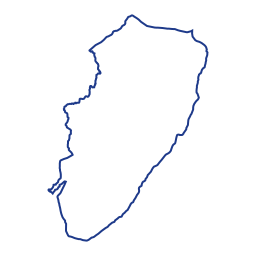 the district of Villarrica, Tolima, Colombia
{"feature_id": "7082276B66227152382506", "entity_name": "Villarrica", "entity_type": "district", "adm_level": 2, "iso_a3": "COL", "parent_name": "Colombia", "parent_adm1": "Tolima", "projection": "albers", "projection_center": [-74.639, 3.846], "detail": "fine", "context": "isolated", "style": "outline", "palette": "blue", "viewbox_px": 256, "rotation_deg": 0, "n_neighbors": 0, "source": "geoboundaries", "source_scale": "gbopen_adm2", "svg_char_len": 5616}
<svg xmlns="http://www.w3.org/2000/svg" viewBox="0 0 256 256"><path d="M192.2,30.6L191.1,31.2L188.2,32.0L187.6,32.2L186.5,32.2L180.0,30.8L177.8,30.2L174.9,29.1L172.2,29.0L169.2,28.7L167.4,28.7L166.2,28.5L162.4,28.0L158.3,27.7L155.0,27.6L147.6,26.1L146.8,25.9L146.3,25.5L141.1,21.9L138.6,19.5L136.5,18.0L133.9,16.4L133.5,16.0L132.5,15.5L132.0,15.4L131.5,15.5L130.3,16.3L128.7,16.8L127.9,17.3L127.5,18.3L125.5,20.9L125.3,21.3L125.3,23.4L124.9,24.3L124.1,25.0L123.4,25.3L122.2,26.1L121.0,28.1L120.5,28.6L117.5,30.5L116.7,30.8L115.6,30.8L114.5,31.1L113.7,31.3L113.4,31.6L113.0,32.0L112.6,33.2L112.2,33.9L111.7,34.5L110.8,35.1L109.7,35.6L108.5,36.3L106.9,36.8L106.4,37.1L103.7,40.0L101.1,42.2L95.6,45.1L89.5,50.4L89.5,50.6L90.7,51.6L90.9,51.7L91.2,51.6L91.8,51.3L92.3,51.3L92.6,51.6L92.7,52.6L93.2,52.9L94.3,53.3L94.5,53.4L94.3,54.0L94.2,54.8L94.7,56.8L95.1,57.2L95.3,57.6L95.5,58.7L95.3,60.2L95.4,60.5L95.6,61.4L96.3,62.1L96.6,62.6L97.0,62.8L97.2,63.3L97.9,63.8L98.2,64.9L98.4,65.2L98.4,65.6L98.4,66.5L98.1,67.0L98.0,69.1L98.2,69.3L98.8,70.0L99.0,70.7L99.2,71.0L99.9,71.3L100.1,71.6L100.1,72.0L100.5,72.8L100.5,73.1L100.0,73.7L99.8,73.7L98.9,73.3L98.2,73.4L97.9,73.7L97.5,74.3L97.1,74.6L96.5,74.8L96.4,75.0L96.4,76.3L96.3,76.9L96.5,77.8L96.4,78.0L96.1,78.4L95.8,80.0L95.5,80.5L95.4,82.5L95.6,83.4L95.1,83.9L95.1,84.1L95.3,84.3L95.3,84.5L95.0,84.7L94.9,84.9L94.8,85.6L94.3,86.2L94.2,87.3L92.5,87.4L92.2,87.3L91.5,86.3L91.1,86.0L90.5,86.0L90.2,86.2L89.9,87.4L89.9,87.9L90.0,88.4L89.9,88.9L89.4,89.9L89.4,90.2L89.6,90.8L89.7,92.1L89.6,92.3L89.7,93.1L89.5,93.8L89.6,94.1L89.4,94.6L88.5,96.4L87.8,96.8L87.6,96.8L86.9,96.4L86.3,96.3L85.8,96.3L85.5,96.5L85.1,97.0L84.1,98.6L83.6,98.8L83.0,99.0L82.5,99.0L82.0,98.9L81.7,98.8L80.9,98.8L80.3,98.7L80.0,98.8L79.7,99.1L79.4,101.8L79.2,102.4L79.0,102.7L76.8,102.8L76.0,103.3L75.6,103.1L75.6,102.8L75.3,102.7L75.1,103.0L74.9,103.2L73.9,103.4L73.5,104.0L73.3,104.0L72.6,103.5L72.0,103.5L71.8,103.5L71.5,103.9L71.2,104.0L70.5,103.9L69.5,103.9L68.6,104.2L67.8,104.2L67.4,104.4L66.9,104.9L66.4,105.2L65.8,106.2L64.8,106.5L64.6,106.7L64.4,106.9L64.4,107.3L64.2,108.3L64.1,108.9L63.9,109.0L64.0,110.0L64.4,110.4L64.8,110.5L65.2,112.3L67.0,113.2L67.2,113.5L67.4,114.3L67.5,115.4L67.4,115.8L67.6,117.1L67.9,117.5L68.3,117.6L68.5,117.8L68.4,119.1L67.8,120.3L67.7,121.2L67.0,122.6L66.4,123.2L65.7,124.2L65.7,125.1L66.7,126.2L66.8,126.6L66.9,127.4L70.4,129.6L70.7,130.0L71.0,130.6L70.9,131.2L70.8,131.7L70.9,133.6L70.8,134.0L69.7,134.9L69.5,135.4L69.4,138.7L69.1,139.3L69.0,140.1L68.6,140.6L68.2,140.9L68.0,141.4L68.0,143.5L67.8,144.5L67.8,146.9L68.1,147.5L69.0,148.4L68.8,149.8L69.1,150.3L71.4,152.5L72.6,154.6L72.6,154.9L72.4,155.0L67.3,157.9L63.9,159.0L60.9,160.3L60.4,160.7L60.1,161.3L59.8,163.3L59.8,166.6L59.7,168.1L60.0,169.4L60.0,170.4L60.6,172.9L60.8,174.6L60.8,176.8L60.7,177.9L60.5,178.4L59.1,179.4L58.5,180.2L58.2,181.1L58.1,181.8L57.9,182.3L56.0,183.9L55.8,184.6L55.5,184.7L53.9,184.7L53.6,184.8L53.6,185.4L52.9,187.3L51.7,188.9L51.3,189.0L51.0,189.6L50.8,189.7L49.2,189.4L48.7,189.5L48.5,189.9L48.6,190.4L49.0,190.9L49.7,191.5L51.3,192.1L51.9,192.6L52.7,193.5L53.4,192.3L54.7,190.8L55.1,189.8L56.8,189.4L57.4,189.0L57.9,188.4L58.3,187.3L59.6,186.5L59.7,186.2L59.5,185.5L59.5,185.1L59.7,184.9L59.9,184.7L61.4,184.2L64.4,181.5L64.8,181.4L65.8,181.7L64.4,185.0L63.0,187.8L60.6,192.8L60.2,193.4L58.0,195.6L57.5,196.4L57.5,197.2L58.3,199.8L58.7,202.3L59.2,203.6L59.4,205.1L60.1,207.9L60.6,210.8L61.2,213.4L61.8,215.2L62.6,217.3L63.8,219.1L65.0,220.5L65.1,220.9L65.1,222.0L65.4,222.6L66.1,223.8L66.0,230.6L66.1,231.2L67.5,234.2L68.2,235.6L68.5,235.9L69.0,236.3L70.7,236.6L72.3,237.1L74.7,238.1L76.9,238.7L78.6,239.1L80.0,239.1L80.7,239.3L82.8,240.1L86.3,240.6L87.2,240.5L88.7,239.8L91.6,237.6L92.7,237.4L94.1,236.8L96.3,235.1L98.4,233.7L101.5,231.0L105.6,228.0L107.1,227.2L107.7,226.8L108.2,226.3L108.8,225.4L110.9,223.7L111.6,223.1L112.3,222.6L114.3,221.9L114.5,221.7L115.1,220.4L117.9,218.3L118.5,217.6L119.5,217.0L121.0,216.8L121.6,216.6L122.8,214.3L123.5,213.6L124.4,213.0L126.3,210.9L127.6,210.0L130.1,205.4L130.5,204.4L131.5,203.1L132.2,202.6L133.1,202.2L133.5,201.5L133.7,200.6L135.5,197.9L137.1,194.8L138.3,193.3L138.9,192.2L139.1,191.2L139.1,190.2L138.9,189.1L138.9,188.5L139.1,187.6L140.0,186.7L140.8,186.3L141.6,185.7L141.7,184.5L142.5,182.4L143.3,181.6L144.5,181.1L145.3,180.3L145.5,179.1L147.0,177.2L147.8,175.0L148.9,173.9L150.9,171.7L152.1,169.3L152.8,168.1L153.9,166.7L155.8,165.9L157.4,165.1L159.7,162.1L161.6,159.9L165.1,155.4L166.0,154.5L168.5,153.2L169.5,152.4L170.3,151.5L170.9,150.6L171.3,149.2L172.2,146.7L172.7,145.6L173.4,144.6L174.8,143.6L175.2,143.1L175.7,141.0L176.2,138.3L176.7,136.3L177.2,135.0L177.8,134.7L178.5,134.6L179.2,134.7L179.8,135.0L180.5,135.0L181.8,135.0L182.5,134.8L182.9,134.2L183.4,133.7L183.6,133.1L186.0,129.7L186.3,129.1L186.3,128.1L187.9,125.0L188.3,120.3L188.7,118.9L189.9,116.7L190.8,114.7L191.4,114.0L193.1,109.6L193.2,108.8L193.1,108.1L193.4,105.9L194.4,103.6L194.8,103.1L195.6,101.9L196.5,100.8L197.9,99.5L198.5,98.5L198.8,97.4L198.6,97.0L197.7,94.3L197.4,93.6L196.6,92.6L196.5,90.9L196.7,88.6L196.9,87.7L196.9,85.8L197.6,83.5L197.8,82.8L197.8,81.4L198.4,79.7L198.2,78.2L198.4,76.6L198.9,75.3L199.0,74.6L200.1,73.5L200.6,73.4L201.2,72.6L201.3,71.8L202.0,69.7L203.2,68.2L204.5,67.4L204.7,67.0L205.0,65.3L205.5,63.7L205.7,62.2L206.2,60.4L206.1,58.9L206.2,58.1L207.0,55.9L207.3,54.8L207.3,53.3L207.5,52.8L207.4,52.3L207.0,51.7L206.5,51.4L206.5,50.4L206.8,49.5L206.1,47.2L205.8,46.7L205.2,45.9L204.3,45.0L201.6,43.0L199.5,41.9L196.9,41.1L195.3,40.2L192.6,36.6L192.1,33.5L192.2,30.6Z" fill="none" stroke="#1e3a8a" stroke-width="2"/></svg>